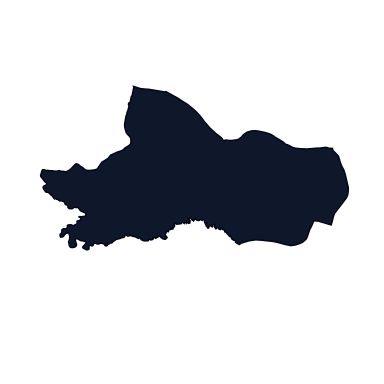 outline of Pathoomphone, Champasak, Laos, rotated 107°
{"feature_id": "54806243B32788033784925", "entity_name": "Pathoomphone", "entity_type": "district", "adm_level": 2, "iso_a3": "LAO", "parent_name": "Laos", "parent_adm1": "Champasak", "projection": "robinson", "projection_center": [106.187, 14.724], "detail": "fine", "context": "isolated", "style": "filled", "palette": "ink", "viewbox_px": 384, "rotation_deg": 107, "n_neighbors": 0, "source": "geoboundaries", "source_scale": "gbopen_adm2", "svg_char_len": 6115}
<svg xmlns="http://www.w3.org/2000/svg" viewBox="0 0 384 384"><g transform="rotate(107 192 192)"><path d="M109.2,70.4L109.9,72.7L110.1,74.2L110.0,76.0L110.4,77.7L112.7,82.7L113.2,84.5L117.3,94.7L118.9,101.0L119.9,105.8L120.0,108.4L118.9,114.5L119.0,116.6L117.7,119.0L115.7,126.6L115.3,128.6L114.7,130.1L113.9,133.1L113.7,136.0L113.8,140.5L114.3,146.0L114.8,148.9L115.8,152.0L116.5,153.5L118.8,156.9L122.0,159.4L122.9,159.9L125.0,160.7L126.5,161.9L127.5,162.4L128.9,164.2L131.1,169.1L131.6,170.6L132.5,175.1L133.9,177.1L132.5,178.3L131.6,179.7L130.0,183.8L129.5,185.4L125.7,193.3L120.7,201.4L119.5,202.8L116.4,207.3L114.2,211.1L112.6,214.5L109.4,222.3L107.9,228.1L106.5,232.6L103.6,246.5L104.1,246.9L104.3,247.4L106.5,263.9L107.2,266.5L108.2,271.5L108.1,278.8L109.0,278.2L112.1,278.0L112.8,277.8L114.5,277.8L117.0,277.4L118.6,278.0L119.6,277.7L121.2,277.7L123.5,277.3L124.2,277.5L125.3,278.4L125.9,278.5L127.2,278.2L127.9,277.5L128.8,277.3L132.3,277.1L134.7,277.4L136.3,277.1L138.7,277.3L146.8,276.3L149.6,275.3L154.0,272.6L155.7,270.6L156.6,268.7L158.2,266.5L160.6,265.4L162.7,264.9L164.1,264.9L164.9,265.2L166.4,266.2L169.4,268.9L171.6,270.1L172.9,271.1L176.2,275.8L180.6,280.6L184.3,282.0L189.9,286.9L197.5,289.3L197.9,289.5L199.1,291.2L200.7,294.6L201.4,296.4L202.0,298.8L202.1,300.2L201.1,302.8L200.6,303.7L199.9,306.6L199.0,308.5L198.7,310.6L199.3,311.4L200.0,311.9L205.4,314.6L207.6,316.3L209.5,318.3L210.1,322.1L210.5,323.2L210.4,325.3L210.7,326.0L211.4,326.6L212.0,328.9L212.4,329.6L212.4,331.4L213.2,334.2L213.6,336.6L214.0,337.8L214.0,339.7L214.3,341.2L215.2,341.7L220.4,341.6L221.3,341.2L225.2,335.7L225.7,334.3L226.3,333.5L227.3,333.2L228.1,333.7L229.6,335.4L230.6,335.8L231.6,335.5L232.5,334.8L234.6,332.1L234.7,330.8L234.5,329.5L234.7,328.5L235.8,326.6L236.7,324.3L238.8,321.6L238.3,320.6L238.5,319.3L238.4,318.1L239.2,316.0L238.7,314.9L238.6,313.5L238.9,311.2L239.1,310.8L240.6,309.9L240.9,309.5L241.2,307.0L241.7,306.5L242.9,306.2L243.4,305.6L243.8,304.2L243.4,303.3L243.2,302.1L242.7,301.3L241.0,300.4L240.8,298.1L240.0,296.8L240.2,296.2L242.3,293.5L242.7,292.4L243.3,287.8L244.4,286.7L246.5,287.2L247.3,289.1L247.9,290.1L248.3,292.0L248.6,292.6L248.9,292.8L249.3,291.2L249.7,290.6L250.2,290.5L251.3,290.6L252.1,291.2L253.2,293.1L253.7,293.4L255.4,292.7L256.4,292.9L257.6,294.4L258.2,294.5L258.7,295.5L258.9,296.6L258.7,298.5L259.9,301.0L260.4,301.4L262.1,300.8L263.3,301.2L264.2,302.0L264.8,304.3L265.7,305.1L266.6,305.4L267.7,304.9L269.4,304.7L271.0,305.8L272.2,305.5L273.5,304.6L273.0,303.0L272.6,302.4L271.7,301.9L269.7,301.2L268.5,300.5L267.7,299.5L267.5,298.2L267.6,297.6L268.0,297.3L270.6,295.7L272.8,295.3L275.3,295.4L276.0,295.3L279.0,293.7L280.0,292.8L280.4,291.5L280.0,289.8L278.9,287.9L277.6,287.1L276.8,286.9L275.9,287.1L273.3,288.9L272.0,289.6L271.4,289.6L270.8,289.3L270.2,288.6L270.2,288.0L271.0,284.4L270.6,281.2L270.6,279.7L270.7,279.1L271.5,278.6L272.3,278.6L273.8,279.1L275.9,280.2L276.9,280.3L277.3,279.9L277.5,279.4L278.0,276.6L278.0,275.4L277.6,274.7L276.6,273.9L274.0,274.6L273.1,274.5L272.7,273.9L272.8,271.9L272.5,271.3L271.8,271.0L270.3,271.0L269.8,270.7L269.1,269.1L269.4,267.7L269.3,266.8L268.8,265.8L267.7,264.4L267.4,262.9L267.5,260.7L268.7,259.4L268.7,258.7L268.5,258.0L267.9,257.4L267.1,257.2L266.6,257.5L266.3,258.5L266.1,258.4L265.8,257.8L266.1,256.3L264.7,255.4L264.2,253.8L262.6,253.1L259.3,250.4L257.5,247.2L256.3,246.0L255.4,244.0L254.3,243.4L252.6,243.4L252.3,243.1L252.3,242.4L252.8,241.3L252.9,240.4L251.5,237.9L251.7,234.9L251.3,233.4L252.1,229.8L251.9,229.5L251.1,229.0L250.4,229.0L250.2,228.6L250.4,228.2L251.8,227.5L252.4,226.4L252.7,225.3L252.6,222.9L252.0,222.0L252.0,220.7L251.5,219.9L251.0,219.6L250.3,219.7L250.0,219.3L249.7,218.0L249.8,217.2L249.6,216.7L248.8,215.7L248.3,215.4L246.8,216.1L246.5,215.3L246.8,213.6L246.7,213.0L245.4,212.1L244.6,211.0L243.7,210.8L243.7,209.6L244.6,208.4L244.8,207.3L245.3,206.1L245.1,203.9L244.8,203.5L242.9,202.5L242.5,202.8L242.1,203.8L241.3,204.4L240.9,205.1L240.5,205.4L239.8,205.3L239.0,204.9L237.7,204.8L237.1,204.5L236.8,203.9L236.9,203.0L236.6,202.9L235.6,203.4L235.0,203.3L234.1,201.5L233.4,200.8L233.1,199.8L232.8,199.4L232.0,199.7L231.3,199.1L229.5,198.7L228.8,199.4L227.8,199.6L226.7,198.2L226.7,197.8L227.2,197.7L227.3,197.4L226.8,196.8L226.9,196.0L226.1,194.8L225.6,193.3L225.2,193.1L224.4,193.2L224.1,193.0L224.1,192.3L223.9,191.7L224.3,190.0L223.2,190.2L222.7,189.3L223.2,188.5L222.4,188.7L222.1,188.5L222.5,187.6L221.8,186.8L221.8,186.5L222.2,186.4L222.8,186.7L223.0,186.6L222.9,186.0L222.3,185.0L221.7,185.1L220.9,185.6L220.6,185.2L219.8,185.6L219.5,185.9L219.2,187.2L218.9,187.4L217.2,186.2L217.2,185.8L217.8,184.5L218.6,184.0L219.2,182.1L218.9,182.1L218.4,182.5L218.2,181.7L216.7,180.7L216.8,180.1L217.4,179.5L217.4,177.4L217.0,176.8L216.2,176.5L215.8,175.1L216.2,174.0L215.2,173.6L215.0,173.1L215.6,171.7L216.7,171.4L218.1,170.3L218.1,169.8L217.4,169.3L217.5,168.9L217.9,168.9L218.2,169.2L218.7,169.1L219.0,169.5L219.7,168.7L220.3,168.5L220.3,167.9L221.7,166.7L221.9,166.1L221.6,165.7L220.9,165.8L220.5,165.5L219.9,165.5L219.1,165.1L218.9,164.8L218.8,164.3L219.4,162.7L219.4,162.3L219.0,162.0L217.4,162.5L216.9,161.9L216.2,160.6L216.9,160.3L217.6,160.5L218.9,160.0L220.2,158.6L219.8,158.0L219.0,157.8L218.6,157.0L219.0,155.9L219.3,155.8L219.7,154.3L219.6,153.9L218.9,153.5L218.6,152.9L218.5,152.5L219.0,151.1L218.9,150.0L219.8,148.8L220.3,149.1L220.5,149.0L220.4,148.3L220.6,147.6L221.8,145.9L222.1,145.0L223.3,143.4L223.6,142.3L223.5,141.2L224.2,140.6L224.9,140.6L225.1,140.3L225.8,138.6L225.8,137.1L226.0,136.4L226.4,136.0L227.2,135.7L227.5,135.3L228.1,133.0L228.2,131.8L228.4,131.4L226.5,130.0L222.0,123.2L219.1,117.1L217.7,111.2L215.5,99.5L215.2,95.8L214.9,87.2L214.3,81.6L212.3,77.5L209.8,74.0L207.6,71.5L204.1,69.3L203.0,69.0L201.6,68.7L193.9,68.5L189.6,67.7L184.6,67.2L184.1,66.8L183.7,66.3L182.9,62.6L182.8,49.3L179.4,49.3L175.0,49.6L173.0,49.6L170.4,49.3L153.3,42.9L152.1,42.6L149.6,42.3L148.7,42.3L143.7,43.3L142.0,43.9L130.9,50.3L126.5,53.3L123.6,56.3L119.9,59.2L115.7,61.9L114.9,62.6L113.4,65.1L110.9,69.7L109.2,70.4Z" fill="#0f172a" stroke="#020617" stroke-width="1.5"/></g></svg>